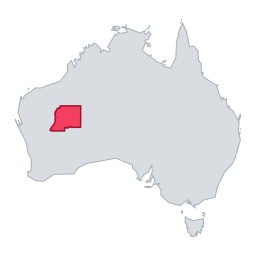 Wiluna, Western Australia, Australia shown in context
{"feature_id": "25037944B27628401872150", "entity_name": "Wiluna", "entity_type": "district", "adm_level": 2, "iso_a3": "AUS", "parent_name": "Australia", "parent_adm1": "Western Australia", "projection": "robinson", "projection_center": [121.784, -25.366], "detail": "fine", "context": "in_parent", "style": "filled", "palette": "rose", "viewbox_px": 256, "rotation_deg": 0, "n_neighbors": 0, "source": "geoboundaries", "source_scale": "gbopen_adm2", "svg_char_len": 6639}
<svg xmlns="http://www.w3.org/2000/svg" viewBox="0 0 256 256"><path d="M186.4,31.3L189.4,46.9L193.5,46.1L198.0,50.7L198.5,60.2L201.1,63.5L201.5,72.3L203.3,76.9L216.4,85.4L221.1,99.4L222.6,100.1L222.9,97.6L225.7,100.2L226.3,98.9L227.2,106.0L228.8,108.1L232.5,110.3L239.2,122.3L238.3,130.2L240.4,139.8L235.2,157.8L232.0,164.3L224.9,171.7L217.6,186.3L215.0,197.3L203.8,199.9L197.9,204.6L194.4,205.0L195.2,207.7L190.2,203.8L191.0,202.9L190.8,201.9L189.8,201.9L187.9,203.6L186.7,202.5L189.0,200.9L187.8,199.7L180.1,205.6L169.1,202.7L160.9,195.4L161.0,189.8L157.2,184.7L158.9,184.9L159.0,183.3L153.0,184.9L155.0,181.1L153.0,175.5L150.5,181.8L146.1,182.5L146.9,180.4L149.0,180.3L152.3,171.7L151.8,165.2L148.5,172.0L144.0,174.6L140.9,178.7L141.3,180.8L139.5,180.5L136.8,178.2L138.6,178.2L137.5,174.2L134.9,169.6L132.7,169.0L132.5,165.0L115.8,158.2L87.1,163.4L78.0,168.0L73.9,173.9L54.1,174.3L43.4,181.3L36.1,180.8L27.9,176.1L27.7,171.3L29.7,172.1L31.4,169.2L31.3,159.5L27.8,152.1L26.4,142.9L16.8,123.7L20.4,125.7L18.2,119.9L19.8,123.3L22.5,124.4L17.9,112.3L21.0,95.8L21.8,99.7L24.9,95.4L36.0,87.8L40.0,88.2L60.2,81.0L67.8,71.3L67.3,65.0L71.3,60.4L74.6,67.5L76.4,63.6L74.2,60.8L74.9,59.0L81.5,60.2L79.4,59.5L80.8,56.8L79.6,54.3L83.2,54.0L81.9,52.1L84.9,51.9L83.9,49.3L86.4,46.3L86.6,48.1L88.6,47.8L88.8,44.5L91.8,45.7L93.7,43.0L96.8,44.8L101.0,49.5L100.2,53.2L103.1,49.6L109.1,52.0L110.4,50.0L107.7,47.2L114.9,34.4L116.3,35.3L118.7,32.1L119.5,33.4L126.8,32.4L126.6,29.4L121.8,27.1L122.6,26.3L140.0,32.9L145.1,30.5L143.8,33.0L146.0,34.4L148.6,31.4L150.9,33.9L148.0,39.6L145.0,40.1L145.1,44.2L142.2,50.6L157.8,62.3L162.1,63.4L163.3,66.2L170.4,68.1L175.8,58.0L176.5,43.3L177.4,37.8L179.2,36.4L177.9,33.9L182.5,23.2L186.4,31.3ZM185.3,217.6L193.4,220.7L203.6,218.7L203.2,227.5L202.7,225.9L201.5,227.8L200.6,233.5L197.3,231.2L194.5,236.4L190.3,236.0L191.3,234.5L187.8,232.0L186.8,227.6L188.4,228.4L185.1,222.2L185.3,217.6ZM113.6,26.4L118.6,26.4L120.2,28.0L116.8,31.2L113.6,26.4ZM144.0,186.7L152.6,186.4L148.8,187.9L144.0,186.7ZM149.4,43.3L150.4,46.5L147.2,46.0L147.8,43.7L149.4,43.3ZM238.8,120.9L238.8,117.3L240.2,114.2L240.6,116.4L238.8,120.9ZM202.0,212.4L204.7,213.2L204.6,214.4L202.0,212.4ZM113.1,27.3L114.8,30.4L111.6,30.3L113.1,27.3ZM182.7,213.0L181.2,212.6L182.2,210.5L182.7,213.0ZM166.0,60.9L164.5,61.9L162.9,62.4L163.7,60.6L166.0,60.9ZM16.7,122.8L15.5,121.1L15.4,119.5L15.6,119.4L16.7,122.8ZM203.9,215.5L204.9,216.4L202.9,215.7L203.9,215.5ZM228.2,106.5L229.4,106.5L229.3,108.1L228.2,106.5ZM201.9,72.2L203.2,73.2L203.0,73.7L201.9,72.2ZM196.9,234.3L196.8,235.7L195.8,235.3L196.9,234.3ZM240.0,131.6L240.0,133.6L239.8,133.6L240.0,131.6ZM126.4,26.2L125.6,25.4L126.1,24.9L126.4,26.2ZM149.8,26.4L148.6,28.0L150.1,25.2L149.8,26.4ZM240.4,129.2L239.7,129.9L240.2,129.2L240.4,129.2ZM151.2,55.4L150.5,55.7L150.9,55.0L151.2,55.4ZM146.9,43.3L146.1,43.4L146.6,42.4L146.9,43.3ZM28.9,87.9L28.6,89.2L28.2,89.1L28.9,87.9ZM181.0,22.5L180.9,23.6L180.6,22.8L181.0,22.5ZM189.8,202.4L189.9,203.0L189.6,202.8L189.8,202.4ZM148.3,28.5L146.6,29.5L148.3,28.2L148.3,28.5ZM84.0,47.7L83.4,48.5L83.8,47.6L84.0,47.7ZM197.6,233.3L197.0,233.5L197.4,233.0L197.6,233.3ZM165.2,64.7L164.3,64.7L164.8,64.0L165.2,64.7ZM80.6,53.4L80.1,53.8L80.1,52.8L80.6,53.4ZM202.0,230.3L201.2,230.7L201.5,229.9L202.0,230.3ZM181.6,19.6L181.5,20.3L181.0,19.9L181.6,19.6ZM189.3,203.3L189.9,203.9L188.8,203.7L189.3,203.3ZM218.0,85.4L217.4,85.4L217.7,84.6L218.0,85.4ZM222.4,97.5L222.1,97.5L222.4,96.9L222.4,97.5ZM185.8,216.5L185.5,217.0L185.4,216.4L185.8,216.5Z" fill="#d9dde1" stroke="#a8b0b8" stroke-width="1"/><path d="M58.4,107.8L58.2,108.0L58.0,108.3L57.9,108.4L57.7,108.5L57.4,108.6L57.3,108.8L57.2,108.9L57.1,109.0L57.0,109.4L56.9,109.6L56.8,109.8L56.7,110.0L56.4,110.2L56.4,110.3L56.2,110.5L56.1,110.8L56.0,111.0L55.9,111.0L55.8,111.4L55.7,111.5L55.5,111.8L55.4,111.8L55.3,112.0L55.3,112.4L55.2,112.5L55.1,112.8L55.1,113.0L55.1,113.4L55.0,113.5L54.9,113.8L54.9,114.1L54.9,114.3L54.9,114.5L54.9,115.0L55.0,115.1L55.1,115.3L55.1,115.5L55.3,115.8L55.3,116.0L55.4,116.3L55.5,116.5L55.7,116.9L55.7,117.0L55.8,117.2L55.8,117.3L55.7,117.3L55.4,117.5L55.3,117.8L55.2,117.9L55.2,118.0L55.1,118.3L55.1,118.8L55.1,119.4L55.1,119.6L55.2,119.8L55.2,120.0L55.3,120.3L55.2,120.3L55.3,120.7L55.3,120.8L55.2,121.1L55.2,121.3L55.1,121.5L55.0,121.9L54.9,122.2L54.8,122.3L54.7,122.7L54.6,122.8L54.4,123.1L54.4,123.3L54.3,123.5L54.2,123.7L54.2,123.8L54.0,124.0L53.9,124.2L53.9,124.3L53.8,124.5L53.7,124.7L53.7,124.8L53.6,125.0L53.6,125.4L53.4,125.4L53.4,125.5L53.2,125.6L52.9,125.8L52.7,126.0L52.4,126.2L52.4,126.3L52.2,126.6L52.0,126.8L51.9,126.9L51.9,127.1L51.7,127.3L51.6,127.5L51.4,127.6L51.3,127.8L51.2,127.9L51.1,128.0L51.0,128.3L50.9,128.4L50.9,128.6L50.8,128.9L50.7,129.0L50.5,129.4L50.4,129.5L50.3,129.9L50.3,130.1L50.2,130.3L50.3,130.5L51.0,130.6L52.4,130.6L52.4,130.9L55.0,130.9L55.5,130.9L57.6,130.9L57.8,130.9L58.1,130.9L58.4,130.9L58.5,130.9L58.9,130.9L59.0,130.9L59.3,130.9L60.3,130.9L61.4,130.9L62.7,130.9L63.4,130.9L63.7,130.9L63.8,130.9L64.6,130.9L64.6,127.7L66.1,127.7L66.1,127.9L68.3,127.9L68.3,127.1L69.6,127.1L69.6,126.7L70.1,126.7L70.3,126.7L70.6,126.7L70.8,126.7L71.0,126.7L71.1,126.9L71.4,126.9L71.5,126.9L71.6,127.3L71.8,127.3L72.1,127.3L72.3,127.3L72.6,127.3L72.9,127.3L73.0,127.3L73.3,127.3L73.6,127.3L73.9,127.3L74.0,127.3L74.3,127.3L74.5,127.3L74.8,127.3L75.1,127.3L75.3,127.3L75.5,127.3L75.9,127.3L76.0,127.3L76.3,127.3L76.5,127.3L76.8,127.3L77.1,127.3L77.3,127.3L77.5,127.3L77.9,127.3L78.0,127.3L78.4,127.3L78.5,127.3L78.8,127.3L79.0,127.3L79.3,127.3L79.6,127.3L79.8,127.3L80.0,127.3L80.3,127.3L80.5,127.3L80.7,118.7L80.7,112.2L80.7,105.9L80.4,105.9L80.2,105.9L79.9,105.9L79.7,105.9L79.3,105.9L79.2,105.9L78.8,105.9L78.7,105.9L78.3,105.9L78.2,105.9L77.9,105.9L77.7,105.9L77.3,105.9L77.2,105.9L76.9,105.9L76.7,105.9L76.3,105.9L76.1,105.9L75.8,105.9L75.7,105.9L75.4,105.9L75.2,105.9L74.9,105.9L74.6,105.9L74.4,105.9L74.2,105.9L73.9,105.9L73.7,105.9L73.3,105.9L73.1,105.9L72.9,105.9L72.7,105.9L72.4,105.9L72.2,105.9L71.8,105.9L71.6,105.9L71.4,105.9L71.2,105.9L70.9,105.9L70.7,105.9L70.3,105.9L70.1,105.9L69.9,105.9L69.7,105.9L69.3,105.9L69.2,105.9L68.9,105.9L68.7,105.9L68.3,105.9L68.2,105.9L67.8,105.9L67.6,105.9L67.3,105.9L67.1,105.9L66.9,105.9L66.6,105.9L66.4,105.9L66.2,105.9L65.9,105.9L65.7,105.9L65.4,105.9L65.2,105.9L64.9,105.9L64.7,105.9L64.4,105.9L64.2,105.9L63.9,105.9L63.7,105.9L63.4,105.9L63.2,105.9L62.9,105.9L62.6,105.9L62.4,105.9L62.2,105.9L61.9,105.9L61.6,105.9L61.4,105.9L61.1,105.9L60.9,105.9L60.7,105.9L60.4,105.9L60.2,105.9L60.2,107.8L59.9,107.8L59.7,107.8L59.4,107.8L59.2,107.8L58.8,107.8L58.7,107.8L58.4,107.8Z" fill="#f43f5e" stroke="#9f1239" stroke-width="1.5"/></svg>